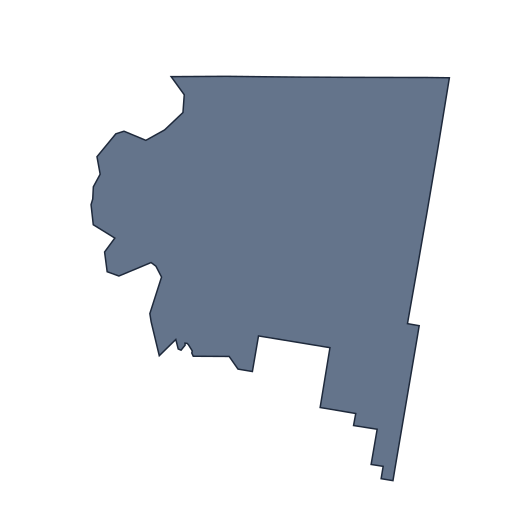 Crawford, Arkansas, United States of America, rotated 98°
{"feature_id": "52423323B545411729976", "entity_name": "Crawford", "entity_type": "district", "adm_level": 2, "iso_a3": "USA", "parent_name": "United States of America", "parent_adm1": "Arkansas", "projection": "mercator", "projection_center": [-94.179, 35.559], "detail": "fine", "context": "isolated", "style": "filled", "palette": "slate", "viewbox_px": 512, "rotation_deg": 98, "n_neighbors": 0, "source": "geoboundaries", "source_scale": "gbopen_adm2", "svg_char_len": 962}
<svg xmlns="http://www.w3.org/2000/svg" viewBox="0 0 512 512"><g transform="rotate(98 256 256)"><path d="M411.6,87.8L314.4,85.0L302.3,84.7L301.9,96.6L242.5,94.5L196.1,93.0L194.4,92.9L124.1,90.9L52.6,89.3L55.8,114.3L56.2,116.8L66.3,189.9L71.3,227.0L71.9,231.2L72.1,232.6L72.6,236.4L77.2,271.6L81.9,308.0L81.9,308.3L90.2,365.0L106.3,349.5L124.1,348.3L143.9,364.1L156.8,381.2L150.8,404.1L154.5,411.8L179.8,427.3L196.7,421.7L210.1,426.7L222.3,425.6L228.1,426.5L247.7,421.5L257.9,398.3L273.1,406.5L292.3,401.2L294.9,389.0L277.1,359.0L280.0,353.7L290.0,346.6L327.8,353.1L335.7,350.7L368.2,337.9L349.8,323.8L358.9,320.1L359.7,317.1L354.2,313.8L352.2,314.2L352.1,312.1L353.2,310.6L358.9,305.9L361.0,306.1L364.0,304.2L359.2,268.6L370.5,258.1L370.9,243.5L334.8,242.4L335.9,194.2L336.5,170.0L397.1,171.4L398.1,135.3L410.3,135.8L410.7,111.9L446.4,113.0L446.6,100.8L459.1,101.1L459.4,89.1L446.8,88.8L411.6,87.8Z" fill="#64748b" stroke="#1e293b" stroke-width="1.5"/></g></svg>